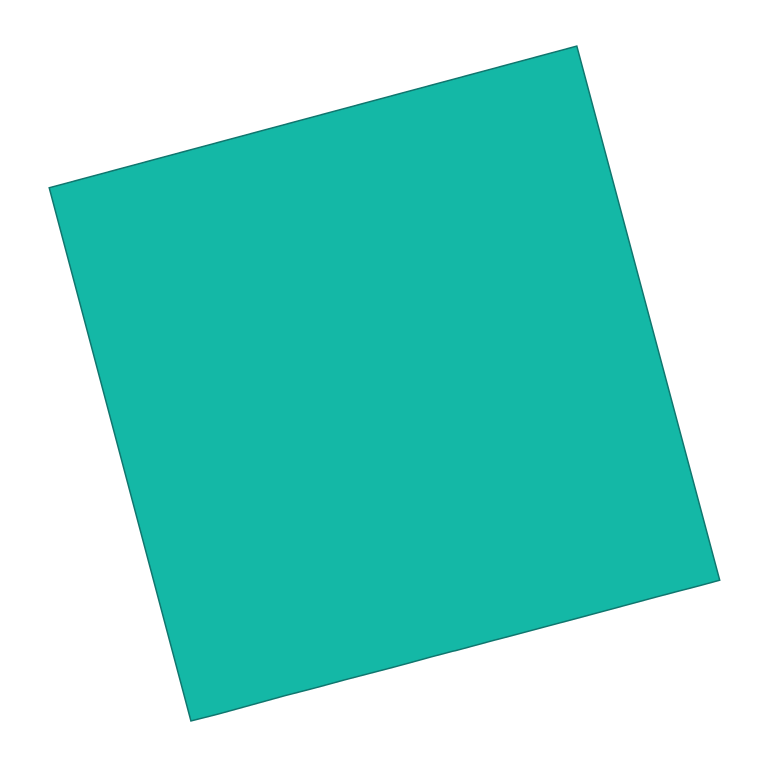 the district of Nuckolls, Nebraska, United States of America, rotated 345°
{"feature_id": "52423323B36699675108240", "entity_name": "Nuckolls", "entity_type": "district", "adm_level": 2, "iso_a3": "USA", "parent_name": "United States of America", "parent_adm1": "Nebraska", "projection": "equal_earth", "projection_center": [-98.046, 40.176], "detail": "fine", "context": "isolated", "style": "filled", "palette": "teal", "viewbox_px": 768, "rotation_deg": 345, "n_neighbors": 0, "source": "geoboundaries", "source_scale": "gbopen_adm2", "svg_char_len": 483}
<svg xmlns="http://www.w3.org/2000/svg" viewBox="0 0 768 768"><g transform="rotate(345 384 384)"><path d="M111.4,107.8L110.3,659.5L117.3,659.6L139.3,659.9L207.7,659.4L224.8,659.6L233.3,659.7L252.0,659.7L269.9,659.6L321.1,660.0L349.7,659.9L358.6,659.8L381.1,659.9L384.2,660.1L424.2,660.0L429.3,660.1L475.3,660.2L524.1,660.3L591.2,660.2L614.0,660.3L637.1,660.5L657.3,660.4L657.5,660.4L657.7,107.5L653.7,107.5L111.4,107.8Z" fill="#14b8a6" stroke="#0f766e" stroke-width="1.5"/></g></svg>